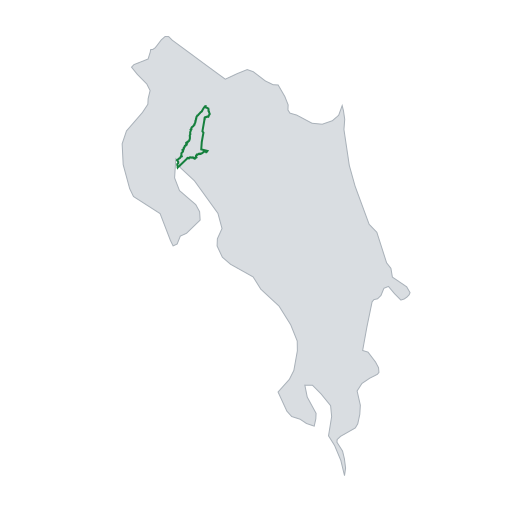 Canas, Guanacaste, Costa Rica shown in context, rotated 11°
{"feature_id": "36466004B65281330352027", "entity_name": "Canas", "entity_type": "district", "adm_level": 2, "iso_a3": "CRI", "parent_name": "Costa Rica", "parent_adm1": "Guanacaste", "projection": "equal_earth", "projection_center": [-85.111, 10.45], "detail": "fine", "context": "in_parent", "style": "outline", "palette": "green", "viewbox_px": 512, "rotation_deg": 11, "n_neighbors": 0, "source": "geoboundaries", "source_scale": "gbopen_adm2", "svg_char_len": 6645}
<svg xmlns="http://www.w3.org/2000/svg" viewBox="0 0 512 512"><g transform="rotate(11 256 256)"><path d="M414.2,262.6L413.7,264.9L412.1,267.4L409.7,269.9L406.6,271.6L399.1,266.5L391.8,260.6L387.7,263.3L386.2,270.9L383.5,274.8L380.1,276.3L378.7,278.8L378.4,304.4L378.7,328.4L384.3,329.0L393.6,337.3L397.6,342.3L398.9,346.8L397.7,349.0L390.9,354.3L384.3,360.9L381.0,369.2L386.9,382.6L388.1,391.7L387.9,401.3L386.3,405.8L373.5,416.8L370.7,420.6L371.0,423.4L378.2,431.0L381.5,438.3L384.4,447.1L384.8,454.7L378.3,440.5L369.3,427.0L361.5,418.7L360.9,399.2L357.8,388.7L346.1,378.9L336.1,372.1L328.6,373.5L333.2,384.7L345.0,399.0L345.8,404.5L345.6,411.9L337.5,410.8L330.4,407.8L321.7,406.8L315.9,402.4L303.6,385.3L312.3,370.7L315.0,361.1L314.7,341.2L312.7,331.6L303.2,316.9L288.2,300.8L267.1,287.7L257.2,277.1L232.6,269.0L223.2,263.6L215.9,253.6L214.8,246.5L217.4,235.5L210.5,221.4L181.2,193.9L164.8,183.7L161.3,177.8L158.7,175.9L161.2,194.9L168.4,206.4L187.1,217.1L192.2,223.3L194.3,231.4L183.5,246.9L177.9,250.9L176.3,259.3L172.7,261.9L169.0,257.0L153.8,232.7L124.4,221.0L119.1,213.9L108.2,191.7L103.2,171.4L105.0,157.9L117.1,136.9L120.9,127.7L120.1,122.1L120.5,113.8L116.0,108.0L104.9,100.4L97.8,94.4L99.7,91.4L112.5,83.2L113.3,75.9L113.2,73.5L115.3,72.9L117.2,71.0L118.3,69.0L121.8,61.9L124.9,57.9L128.4,57.3L132.7,60.2L148.8,67.8L166.6,76.3L192.1,88.3L202.7,80.6L211.8,74.7L218.1,75.6L231.8,82.4L240.1,84.6L245.1,83.9L253.9,94.0L258.7,101.5L259.5,106.6L262.1,109.3L269.0,109.9L285.7,115.0L295.9,114.0L305.2,108.6L310.3,102.1L311.9,91.9L314.2,96.9L317.0,104.9L318.2,115.1L330.3,149.3L339.9,168.5L361.0,203.3L370.1,209.7L385.5,237.8L390.8,242.4L393.9,250.7L409.8,257.5L414.2,262.6Z" fill="#d9dde1" stroke="#a8b0b8" stroke-width="1"/><path d="M182.3,123.2L182.0,123.0L181.9,122.9L181.7,122.8L181.6,122.6L181.7,122.0L181.5,121.6L181.4,121.0L181.2,120.7L181.1,120.4L180.9,120.4L180.6,120.2L180.2,120.1L179.8,119.9L179.3,119.9L178.7,119.9L178.3,119.7L178.2,119.6L178.1,119.2L178.0,118.8L178.0,118.5L177.9,118.5L177.4,118.8L177.4,119.1L177.2,119.4L176.9,119.7L176.5,120.5L176.3,121.1L176.1,121.7L175.9,122.0L175.6,123.1L175.6,123.4L175.4,123.7L175.4,123.8L175.3,124.0L175.3,124.3L175.0,124.7L174.9,124.9L174.8,125.0L174.5,125.2L174.3,125.4L174.2,125.5L173.9,125.9L173.8,126.3L173.7,126.5L173.5,126.8L173.4,126.9L173.2,127.1L172.9,127.7L172.6,128.0L172.5,128.3L172.5,128.5L172.3,128.9L172.0,129.2L171.6,129.3L171.4,130.0L171.3,130.3L171.1,130.7L171.1,130.8L171.0,131.0L171.1,131.4L171.1,131.7L171.0,131.8L171.0,132.0L171.0,132.5L170.9,132.6L170.9,132.8L171.1,132.8L171.1,133.0L171.0,133.3L171.0,133.6L171.0,133.8L171.0,134.1L171.0,134.4L170.9,134.7L170.9,134.8L170.7,135.0L170.8,135.4L170.8,135.6L171.0,135.7L171.0,135.9L170.9,136.3L170.9,136.9L170.8,137.1L170.6,137.5L170.5,137.8L170.4,138.2L170.4,138.3L170.6,138.6L170.6,138.8L170.4,138.9L170.3,139.2L170.1,139.3L169.9,139.7L169.9,140.0L169.7,140.5L169.3,140.8L169.0,141.3L168.6,141.6L168.4,141.8L168.2,142.3L168.2,142.5L168.3,142.7L168.3,142.9L168.2,143.3L167.9,144.0L168.2,144.0L168.4,144.1L168.1,145.0L168.0,145.4L168.0,146.0L167.9,146.3L167.8,146.6L167.8,147.1L167.8,147.3L167.9,147.6L167.9,147.9L168.1,148.1L168.1,148.5L168.1,148.9L168.3,149.1L168.2,149.4L168.1,149.9L168.0,150.2L168.0,150.6L168.1,150.9L168.3,151.3L168.3,151.5L168.5,151.8L168.5,152.1L168.5,152.8L168.6,153.1L168.7,153.3L168.7,153.8L168.4,154.9L168.4,155.2L168.5,155.4L168.3,155.8L168.0,156.2L167.3,156.7L167.1,156.7L167.0,156.8L166.9,157.0L167.0,157.1L167.2,157.6L167.1,157.8L166.9,157.8L166.8,158.0L166.7,158.0L166.5,157.9L166.4,157.9L166.2,158.0L166.3,158.1L166.5,158.1L166.5,158.3L166.5,158.6L166.4,158.8L166.2,158.8L166.2,158.5L166.1,158.4L166.0,158.6L166.0,158.8L166.1,159.1L166.5,159.0L166.7,159.6L166.4,159.7L166.3,159.9L166.3,160.0L166.5,160.1L166.5,160.3L166.3,160.5L166.1,160.8L165.8,160.8L165.7,161.3L165.5,161.8L165.5,161.7L165.4,161.4L165.1,161.5L165.0,161.9L165.0,162.2L165.1,162.5L165.1,162.8L164.9,163.1L164.8,163.3L164.6,163.3L164.4,163.6L164.4,163.9L164.4,164.0L164.6,164.0L164.7,164.3L164.8,164.5L164.7,164.7L164.4,165.1L164.4,165.4L164.4,165.6L164.4,165.9L164.2,165.7L164.0,166.0L163.9,166.0L163.7,165.9L163.6,166.0L163.8,166.2L163.9,166.4L164.0,166.6L164.2,167.2L164.0,167.9L163.8,168.3L163.7,168.5L163.4,169.0L163.2,169.2L163.2,169.4L163.2,169.5L163.2,169.9L163.5,171.0L163.5,171.5L163.7,171.8L164.0,172.1L164.2,172.3L164.1,172.5L163.8,172.6L163.5,172.5L163.3,172.5L163.2,172.5L163.1,172.8L163.1,173.2L163.0,173.4L162.8,174.1L162.7,174.3L162.2,174.8L161.7,175.1L161.3,175.8L161.1,176.0L160.8,176.4L160.6,176.5L160.3,176.6L160.1,177.0L160.8,177.6L161.3,178.1L161.8,178.6L161.8,179.0L161.8,179.9L161.6,180.2L161.5,180.3L161.3,180.8L161.2,180.9L161.3,181.1L161.3,181.6L161.5,182.1L161.8,182.5L162.0,183.1L162.1,183.5L162.1,183.9L162.2,184.1L162.3,183.9L162.4,183.7L162.6,183.4L162.8,183.3L163.0,183.1L163.2,182.7L163.5,182.4L169.9,173.3L169.9,173.0L170.1,172.9L170.2,172.7L170.4,172.7L170.5,172.7L170.9,172.7L171.2,172.8L171.2,173.0L171.4,173.0L171.4,172.6L171.6,172.6L171.7,172.4L171.8,172.3L172.2,172.2L172.3,171.9L172.4,171.7L172.7,171.7L172.9,171.6L173.0,171.6L173.3,171.7L173.5,171.6L173.8,171.8L174.2,171.7L174.5,171.7L174.9,171.5L175.0,171.4L174.9,171.3L175.1,171.2L175.7,171.3L175.8,171.3L175.9,171.5L176.1,171.7L176.4,171.7L176.4,171.9L176.7,171.9L176.8,172.0L177.0,172.0L177.3,172.2L177.5,172.1L177.5,171.8L177.6,171.7L177.7,171.4L177.7,171.1L177.8,171.0L178.0,171.0L178.3,170.9L178.2,170.7L178.3,170.5L178.5,170.4L178.4,170.3L178.1,170.2L178.2,169.8L178.0,169.5L178.0,168.8L178.4,168.5L178.6,168.4L178.6,168.0L178.9,168.1L179.1,167.8L179.3,167.7L179.6,167.4L179.8,167.1L179.9,166.8L180.0,166.7L180.3,166.6L180.5,166.5L180.9,166.8L181.0,166.8L181.1,166.7L181.2,166.4L181.5,166.2L181.8,166.5L182.0,166.5L182.2,166.2L182.6,166.1L183.0,165.6L183.5,165.4L183.7,165.2L183.8,165.0L183.9,164.9L184.0,164.8L184.2,164.4L184.6,164.1L184.8,163.9L184.9,163.4L185.0,163.1L185.3,163.3L185.7,163.3L185.8,163.2L186.1,162.9L186.3,162.9L186.4,163.1L186.8,163.3L187.3,163.7L187.5,163.6L187.6,163.1L188.0,162.8L188.3,162.1L181.9,161.8L181.0,154.4L180.9,147.9L180.9,145.0L179.6,143.8L179.4,133.0L179.4,132.7L179.4,131.9L179.5,131.6L179.2,131.4L179.2,131.2L179.4,130.6L179.4,130.2L179.2,130.0L179.2,129.9L179.4,129.6L179.7,129.5L179.7,129.4L180.1,129.2L180.3,129.3L180.6,129.1L180.9,129.1L181.4,128.7L181.5,128.4L182.3,128.4L182.6,128.5L182.7,128.4L182.7,128.1L182.8,127.9L182.8,127.7L182.8,127.4L182.8,127.2L182.8,126.9L183.0,126.7L183.2,126.3L183.3,126.1L183.5,125.5L183.3,125.0L183.2,124.8L183.1,124.7L182.9,124.5L182.7,124.3L182.6,124.1L182.4,123.5L182.3,123.2Z" fill="none" stroke="#15803d" stroke-width="2"/></g></svg>